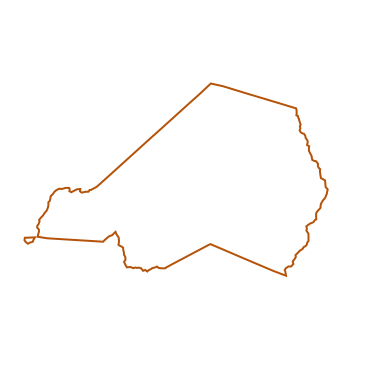 Timbiras, Maranhão, Brazil, rotated 28°
{"feature_id": "56859067B24703899222248", "entity_name": "Timbiras", "entity_type": "district", "adm_level": 2, "iso_a3": "BRA", "parent_name": "Brazil", "parent_adm1": "Maranhão", "projection": "orthographic", "projection_center": [-43.817, -4.17], "detail": "fine", "context": "isolated", "style": "outline", "palette": "amber", "viewbox_px": 384, "rotation_deg": 28, "n_neighbors": 0, "source": "geoboundaries", "source_scale": "gbopen_adm2", "svg_char_len": 2615}
<svg xmlns="http://www.w3.org/2000/svg" viewBox="0 0 384 384"><g transform="rotate(28 192 192)"><path d="M244.7,69.3L226.8,72.8L197.3,78.7L185.0,81.1L169.5,84.1L157.7,87.4L156.9,89.7L153.0,101.2L149.1,111.8L141.8,131.9L136.4,146.9L130.2,163.8L110.8,217.5L105.5,232.0L103.4,235.2L101.9,237.5L100.6,238.4L100.5,240.3L97.8,241.8L96.4,243.1L94.7,244.4L92.7,243.9L92.0,241.8L89.3,243.5L88.0,245.2L86.7,247.2L85.5,248.9L83.4,248.8L82.8,247.2L81.7,246.1L79.5,247.1L78.2,248.0L76.6,249.6L75.0,250.9L73.3,251.3L72.1,253.0L71.1,254.6L70.4,256.6L70.1,259.3L69.2,262.0L70.0,264.2L70.6,266.6L70.0,268.5L71.0,270.2L71.9,272.5L72.3,274.9L72.4,276.9L71.9,278.7L71.6,281.0L71.5,282.7L71.1,284.1L70.6,285.7L70.1,288.5L71.2,289.5L71.6,292.4L71.2,294.3L71.9,296.0L74.4,297.0L75.4,298.6L75.9,300.7L76.7,304.0L86.0,300.8L136.9,277.6L137.3,275.9L138.4,272.9L139.2,270.9L140.0,269.6L141.3,268.1L142.2,266.7L142.4,265.2L143.2,263.1L144.7,264.5L147.1,265.8L148.7,266.7L150.7,269.8L151.9,273.2L154.1,273.4L155.8,273.2L157.4,273.6L158.4,275.3L160.2,277.3L161.4,279.3L163.4,280.5L165.1,283.0L164.8,285.6L167.6,287.7L169.8,289.1L171.5,288.0L173.2,287.0L175.8,286.9L177.2,285.4L178.8,285.0L180.1,284.0L182.5,283.2L185.9,284.5L187.2,282.8L189.8,283.2L190.3,281.6L191.6,279.8L192.7,277.8L194.9,275.9L196.0,274.3L198.3,274.7L200.6,273.8L204.0,272.1L205.0,270.0L206.1,268.7L207.1,267.0L231.5,231.0L232.7,229.4L239.2,228.8L269.0,226.3L300.8,223.5L314.3,221.8L311.8,218.5L310.5,217.4L310.6,215.4L312.1,212.5L314.5,211.2L315.3,207.9L313.5,206.0L314.1,202.6L314.2,200.7L313.0,199.1L313.6,197.3L314.3,194.9L314.9,192.8L316.3,190.7L316.5,188.1L317.6,186.5L318.1,184.7L317.5,182.7L317.8,180.4L314.5,174.3L311.1,172.3L310.7,170.5L309.1,168.7L310.0,166.5L311.1,164.4L312.3,163.0L313.4,161.6L313.6,159.2L314.6,157.8L313.7,156.5L312.7,154.6L311.6,152.5L311.7,150.4L312.3,148.1L312.9,145.6L312.0,143.8L311.4,141.8L311.5,138.9L311.7,137.3L312.1,135.7L312.3,134.1L312.0,132.1L311.9,130.4L311.2,128.3L310.6,126.0L307.7,124.9L306.0,122.4L305.2,121.0L304.0,119.3L301.5,119.2L299.3,119.2L297.9,117.4L295.2,113.7L294.4,111.6L292.3,111.1L290.6,109.5L290.1,108.1L288.8,107.3L286.9,106.6L285.0,107.2L283.1,107.2L282.0,105.8L280.3,103.7L278.2,102.4L275.9,100.7L274.7,98.6L274.0,96.6L271.5,96.5L270.7,93.4L269.2,91.9L267.2,91.1L265.6,89.2L263.7,88.1L261.2,88.4L259.7,88.1L258.0,87.0L257.8,84.9L256.3,83.2L256.3,81.5L254.9,80.2L253.3,78.7L252.3,77.5L250.8,76.4L249.9,75.2L248.2,75.3L247.6,73.6L246.0,70.8L244.7,69.3ZM74.6,305.8L65.9,310.9L66.7,313.2L68.6,314.2L71.4,314.7L72.9,312.5L74.7,310.8L74.5,308.5L74.6,305.8Z" fill="none" stroke="#b45309" stroke-width="2"/></g></svg>